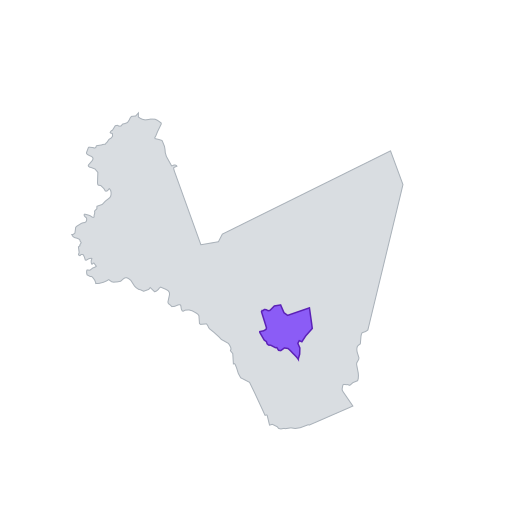 location of Bourem, Gao, Mali, rotated 68°
{"feature_id": "8926073B86504284097699", "entity_name": "Bourem", "entity_type": "district", "adm_level": 2, "iso_a3": "MLI", "parent_name": "Mali", "parent_adm1": "Gao", "projection": "albers", "projection_center": [-0.233, 17.792], "detail": "fine", "context": "in_parent", "style": "filled", "palette": "violet", "viewbox_px": 512, "rotation_deg": 68, "n_neighbors": 0, "source": "geoboundaries", "source_scale": "gbopen_adm2", "svg_char_len": 4382}
<svg xmlns="http://www.w3.org/2000/svg" viewBox="0 0 512 512"><g transform="rotate(68 256 256)"><path d="M95.3,365.7L95.5,364.0L94.1,362.8L94.1,362.2L95.2,357.5L95.2,356.2L95.9,353.8L95.1,352.7L94.9,351.8L92.8,348.6L92.3,345.9L91.2,344.1L88.6,343.3L87.5,344.8L86.9,345.0L86.0,343.9L85.6,342.9L85.7,342.1L82.5,337.7L82.9,335.5L84.3,334.4L84.9,332.5L83.7,330.2L84.1,328.0L84.1,325.1L82.2,322.3L81.0,321.1L79.9,319.2L81.1,315.1L79.3,311.4L83.0,313.0L84.9,311.8L86.7,310.1L88.3,307.8L89.1,304.9L89.6,302.3L91.3,298.4L93.2,296.6L97.1,294.1L98.1,294.4L103.8,300.7L107.1,303.9L108.3,305.5L109.4,305.6L111.3,302.8L113.2,300.4L114.0,299.8L120.1,299.8L123.3,300.5L126.1,301.4L130.1,301.8L140.8,300.5L141.0,299.3L140.9,297.9L141.4,296.8L142.3,295.9L143.1,295.7L143.2,299.1L144.1,299.6L146.6,299.9L224.9,302.9L228.7,285.5L223.1,279.0L208.9,91.9L244.8,93.0L250.9,97.3L366.5,180.0L367.1,182.7L366.9,186.3L367.8,187.4L369.5,188.6L376.2,192.0L376.8,192.7L377.0,194.2L377.8,195.9L379.3,197.0L380.9,197.7L382.9,198.2L389.0,198.7L390.3,199.5L392.9,202.7L394.4,203.4L402.6,205.0L405.2,205.8L408.1,207.2L409.7,208.5L409.7,213.6L410.9,216.9L410.9,217.8L409.6,219.1L409.3,220.1L407.9,222.8L408.2,223.8L411.1,225.7L412.5,226.3L414.1,226.2L431.4,222.4L432.7,270.0L432.0,270.8L431.8,279.3L430.6,284.3L428.4,288.0L427.1,293.5L426.3,294.6L425.7,297.7L424.4,299.6L422.2,300.3L418.2,303.9L417.9,306.8L408.4,305.4L407.7,305.4L407.3,305.8L407.1,307.3L382.7,308.5L370.7,309.3L363.2,315.8L358.3,316.4L352.2,315.9L349.0,315.9L347.8,316.2L347.6,317.4L337.8,314.1L334.2,315.2L333.6,314.8L333.1,314.1L331.4,313.7L328.6,313.9L326.6,314.4L320.4,319.4L317.0,320.7L310.8,323.7L306.4,326.2L304.9,326.7L302.5,326.8L300.4,327.3L298.6,333.1L297.4,333.7L290.0,331.3L288.5,331.6L287.2,332.3L283.0,335.6L280.9,338.3L279.7,341.9L279.9,344.3L279.2,345.0L277.2,345.1L273.8,344.3L272.7,344.6L272.2,346.4L272.2,350.3L271.4,353.0L269.4,353.8L267.8,354.8L266.5,355.1L265.5,354.8L259.5,350.7L257.5,350.0L255.3,350.4L253.1,352.1L249.1,356.1L249.5,357.6L250.5,359.3L251.2,361.5L251.2,363.4L245.6,365.9L246.8,368.0L246.6,373.4L244.0,375.8L243.0,377.3L240.5,379.0L238.4,379.9L231.6,381.2L228.9,382.8L227.6,384.2L227.2,385.6L227.4,387.3L228.7,390.9L228.1,394.1L226.9,397.9L225.8,399.5L222.7,401.4L223.1,403.8L223.2,407.3L222.6,411.9L221.5,414.9L220.8,414.6L217.8,414.6L214.5,415.5L213.3,416.2L213.0,417.3L210.2,419.7L208.3,419.4L206.6,418.7L205.7,418.0L205.7,417.7L206.8,415.7L206.9,415.0L205.9,411.5L206.1,410.7L205.8,408.0L205.5,407.9L201.9,408.9L201.7,409.4L202.2,411.1L201.8,411.4L200.6,411.3L198.8,410.7L196.9,409.1L196.4,409.5L196.1,410.8L195.9,412.2L196.3,414.9L195.8,415.8L192.7,415.5L190.1,415.7L189.4,416.7L189.1,417.7L189.7,418.9L189.6,419.4L188.5,420.1L188.0,420.0L186.6,418.7L181.0,417.2L180.6,415.4L179.9,415.4L178.2,413.1L177.4,413.2L176.7,413.5L174.6,413.3L172.6,415.1L171.0,417.3L169.4,418.4L167.1,418.8L167.5,417.4L166.9,415.3L162.0,412.5L161.3,411.4L160.3,405.6L160.4,403.9L160.8,402.4L160.7,401.2L160.2,400.3L158.8,399.3L157.3,398.9L155.3,399.9L154.3,400.1L153.5,400.0L153.0,399.5L153.1,399.0L155.4,395.9L156.5,394.7L158.6,393.3L159.2,392.5L159.3,391.9L159.1,391.5L157.7,390.9L155.6,389.3L154.5,389.1L153.6,388.4L152.7,386.1L152.2,385.6L151.2,385.3L150.3,384.8L150.6,379.3L148.7,375.1L147.1,369.7L146.2,368.4L144.6,367.3L142.6,366.5L140.7,366.2L138.6,366.7L138.7,367.2L139.7,368.9L139.9,369.9L139.7,370.8L139.2,371.4L136.4,371.8L132.6,373.5L131.2,375.7L130.4,375.9L128.9,375.6L119.2,371.3L115.0,372.7L112.1,375.8L111.4,376.9L110.1,377.7L109.4,377.7L108.7,377.0L106.1,371.9L104.9,370.7L103.4,370.5L102.0,371.3L100.5,372.8L98.7,374.3L97.5,374.7L96.6,374.4L92.7,370.8L92.5,370.1L94.6,366.2L95.3,365.7Z" fill="#d9dde1" stroke="#a8b0b8" stroke-width="1"/><path d="M367.7,255.5L367.2,255.3L363.4,252.3L357.7,249.8L352.6,249.9L350.7,247.6L352.7,245.6L348.6,239.7L344.3,231.0L339.4,229.7L324.1,225.9L322.9,248.9L319.1,251.3L310.6,251.5L309.2,257.7L311.1,262.1L311.7,263.5L311.3,265.2L309.5,266.8L308.7,268.3L309.3,270.0L308.8,270.7L309.7,271.8L319.6,272.6L323.2,272.9L326.5,273.2L327.8,274.2L328.2,277.0L327.7,279.7L327.5,280.8L328.4,281.1L336.9,279.9L337.0,279.9L339.3,278.4L341.5,278.6L342.4,278.2L343.4,277.6L344.2,275.8L348.3,272.3L348.7,271.0L351.9,270.4L353.0,268.5L351.9,264.1L353.8,260.9L356.8,259.5L360.2,258.2L362.0,257.4L364.8,256.3L366.3,255.8L367.7,255.5Z" fill="#8b5cf6" stroke="#5b21b6" stroke-width="1.5"/></g></svg>